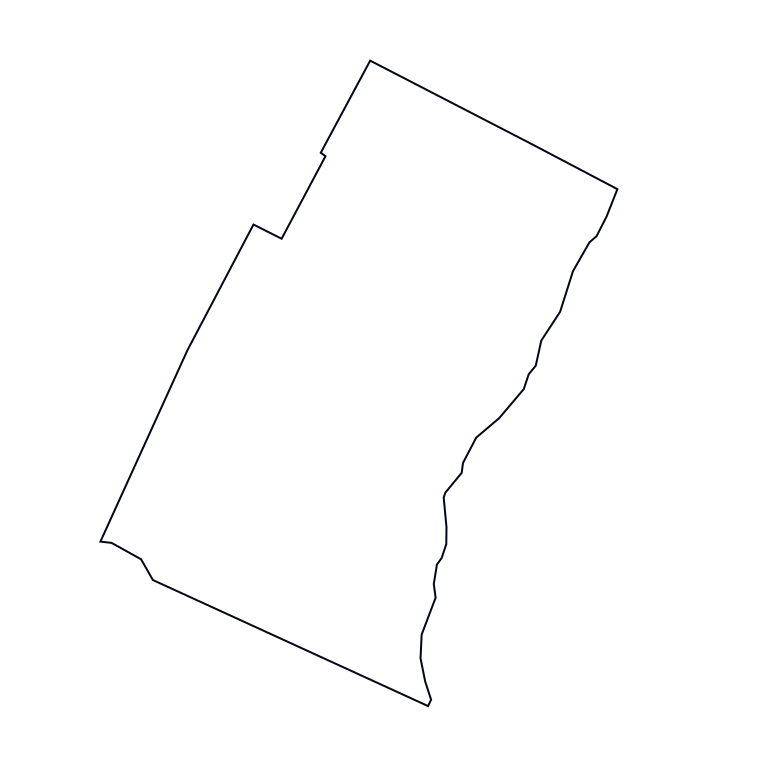 outline of Wayne, New York, United States of America, rotated 118°
{"feature_id": "52423323B87116435053012", "entity_name": "Wayne", "entity_type": "district", "adm_level": 2, "iso_a3": "USA", "parent_name": "United States of America", "parent_adm1": "New York", "projection": "orthographic", "projection_center": [-77.012, 43.178], "detail": "fine", "context": "isolated", "style": "outline", "palette": "ink", "viewbox_px": 768, "rotation_deg": 118, "n_neighbors": 0, "source": "geoboundaries", "source_scale": "gbopen_adm2", "svg_char_len": 634}
<svg xmlns="http://www.w3.org/2000/svg" viewBox="0 0 768 768"><g transform="rotate(118 384 384)"><path d="M656.3,560.4L652.2,550.0L652.8,516.2L665.6,496.0L647.7,193.9L640.6,194.2L627.3,208.0L609.0,223.0L587.6,233.1L548.4,238.1L537.3,246.1L518.6,252.5L510.7,251.4L496.2,253.8L481.1,261.6L456.2,278.0L451.0,278.8L425.9,273.7L416.6,277.2L388.0,277.4L360.1,266.3L322.9,258.2L307.4,260.8L296.6,258.6L271.8,265.5L237.6,262.4L195.7,270.1L162.5,269.1L153.6,265.7L131.5,266.1L102.4,269.4L102.8,362.6L105.0,548.0L209.5,548.4L210.4,542.6L303.8,542.6L304.5,574.1L446.6,573.4L656.3,560.4Z" fill="none" stroke="#020617" stroke-width="2"/></g></svg>